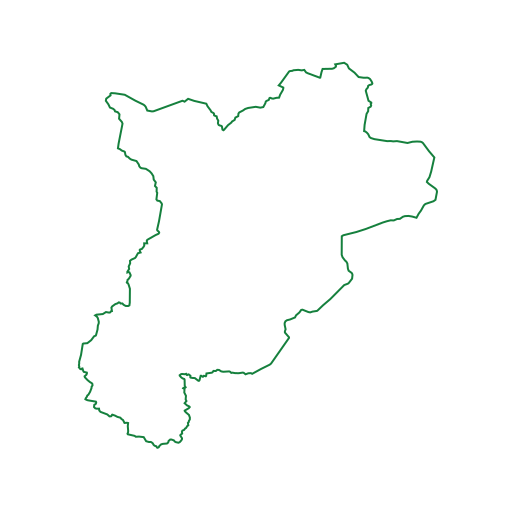 outline of Dong Xuan, Phú Yên, Vietnam, rotated 278°
{"feature_id": "81297802B78420794750623", "entity_name": "Dong Xuan", "entity_type": "district", "adm_level": 2, "iso_a3": "VNM", "parent_name": "Vietnam", "parent_adm1": "Phú Yên", "projection": "natural_earth1", "projection_center": [108.875, 13.413], "detail": "fine", "context": "isolated", "style": "outline", "palette": "green", "viewbox_px": 512, "rotation_deg": 278, "n_neighbors": 0, "source": "geoboundaries", "source_scale": "gbopen_adm2", "svg_char_len": 6035}
<svg xmlns="http://www.w3.org/2000/svg" viewBox="0 0 512 512"><g transform="rotate(278 256 256)"><path d="M396.2,89.2L394.8,89.6L391.0,85.8L388.8,85.7L385.7,88.7L382.7,90.7L381.9,94.0L380.9,95.6L379.6,96.3L379.2,99.0L377.6,100.8L377.2,101.1L372.9,101.3L370.1,104.5L368.5,105.4L348.2,104.3L343.4,104.3L342.9,106.3L341.7,108.5L341.1,111.2L340.7,111.7L338.0,112.6L336.6,113.8L336.4,115.4L334.9,117.4L334.1,119.2L333.4,124.4L330.3,127.2L328.5,128.0L327.3,129.4L327.0,130.6L327.0,134.8L325.1,138.9L323.3,141.1L320.8,143.2L317.4,144.1L315.0,146.5L311.3,146.2L309.7,148.2L305.9,148.6L304.8,149.4L298.2,149.5L297.1,150.6L297.0,153.1L294.9,155.3L294.0,155.7L276.8,155.1L268.3,154.4L267.6,154.7L266.5,156.4L265.6,156.9L264.5,156.4L262.7,153.6L256.9,146.1L255.8,145.7L253.4,146.5L253.0,143.5L250.7,143.9L249.4,143.4L247.0,141.9L246.4,140.4L245.8,140.0L244.7,140.3L243.4,141.2L242.3,138.7L238.1,137.1L237.1,136.4L235.1,133.2L233.7,131.9L231.2,132.4L227.9,131.4L225.5,132.2L222.5,130.8L221.8,130.9L222.4,131.9L222.2,132.9L219.7,134.5L219.0,134.6L215.9,133.3L214.4,132.1L213.4,132.2L211.9,131.7L211.5,132.0L211.2,133.0L209.8,133.9L206.0,135.7L192.2,137.5L189.5,137.5L188.7,136.4L188.4,133.9L189.3,131.6L190.4,130.3L190.1,128.5L190.9,127.6L191.0,126.6L189.8,125.4L188.8,123.4L186.1,120.6L184.8,120.0L181.4,121.0L181.0,120.0L179.9,119.5L179.5,118.5L179.6,115.2L177.2,112.4L175.7,106.2L174.8,105.0L173.7,107.0L172.5,108.0L168.9,109.5L167.4,109.6L165.1,109.1L161.1,109.3L155.5,108.6L154.9,108.4L153.9,106.8L149.7,104.5L146.2,101.1L145.3,97.2L144.8,96.7L133.7,96.5L126.7,95.6L124.8,95.9L123.3,95.8L121.9,96.4L121.1,96.1L119.7,97.6L119.5,98.4L119.6,99.1L120.3,99.3L120.5,99.8L118.0,101.0L117.3,101.6L117.0,104.7L116.5,104.9L114.9,104.6L113.0,103.0L112.1,103.4L109.7,106.4L108.1,109.0L107.2,111.1L106.5,111.8L105.0,112.1L103.7,111.4L102.4,111.5L98.4,110.6L95.3,109.3L94.3,108.3L93.3,108.2L91.4,107.2L90.4,107.0L89.9,108.5L89.7,109.7L89.5,117.7L88.9,118.1L88.0,118.1L87.1,117.8L86.2,116.6L83.9,116.6L82.8,118.0L82.6,119.3L83.0,121.8L81.2,122.3L80.0,123.7L78.4,130.8L76.8,133.2L77.1,134.8L77.4,135.1L78.8,135.6L78.9,135.8L78.3,138.7L77.4,141.1L77.0,144.2L75.9,145.4L75.0,147.2L72.4,149.0L72.9,151.5L72.8,152.6L69.7,152.7L64.8,153.8L63.4,153.8L62.1,153.5L61.6,153.9L61.0,160.8L60.3,162.1L60.9,165.4L61.0,170.0L57.3,173.0L56.9,175.9L57.2,177.6L57.0,178.4L56.1,179.9L54.8,180.8L54.0,182.0L53.7,183.8L52.6,184.5L52.4,185.3L53.1,186.3L54.3,186.7L56.3,188.3L57.0,189.9L57.9,193.9L59.1,195.0L60.7,195.2L62.3,196.6L62.5,197.7L62.0,200.3L61.0,201.3L60.5,202.6L60.3,205.2L61.1,206.4L63.0,207.7L64.4,208.2L65.2,208.1L67.7,206.0L68.4,206.1L69.9,207.6L71.6,207.1L72.3,207.2L72.9,207.5L73.8,209.0L75.3,209.8L76.0,210.7L78.1,211.6L78.9,212.5L81.3,211.8L82.2,212.5L83.3,212.5L84.9,213.2L86.8,213.0L89.3,211.7L91.3,208.5L92.4,207.1L93.0,206.9L95.9,210.6L97.2,211.4L97.7,210.9L98.5,208.4L100.3,205.8L102.7,207.3L104.2,206.3L107.8,206.1L110.8,204.0L114.5,203.7L114.9,202.3L115.3,202.5L115.5,204.0L116.2,204.6L117.5,203.5L123.6,202.5L124.2,202.1L124.6,200.3L125.4,198.8L126.9,197.1L127.3,197.0L128.6,198.3L128.9,199.2L129.0,201.9L129.6,203.2L128.6,203.9L128.5,204.4L129.3,205.3L129.4,205.8L128.3,207.7L126.8,207.8L126.5,208.1L126.4,210.2L126.6,212.4L124.5,216.1L124.4,216.8L125.0,217.3L129.7,217.9L129.8,218.4L129.0,220.2L130.1,221.0L129.9,223.0L130.3,223.3L132.8,223.3L134.3,228.5L134.8,229.1L136.3,229.9L136.5,232.2L137.9,233.5L138.0,235.3L136.9,237.6L136.8,239.7L138.0,245.5L137.7,246.6L136.8,247.8L137.2,248.9L137.1,251.4L137.5,255.1L138.7,259.1L138.6,260.1L137.4,262.1L138.8,264.7L139.3,267.3L138.8,268.6L144.9,276.8L150.3,284.7L151.6,285.9L179.5,300.1L180.2,299.9L184.2,295.3L185.4,295.1L187.6,295.5L191.7,294.0L193.5,293.7L195.4,294.2L196.7,295.6L197.9,298.6L200.6,303.2L202.8,303.9L206.1,306.8L208.9,308.3L209.3,309.5L207.8,315.6L207.7,317.5L208.8,319.7L210.1,324.0L210.4,324.4L216.6,329.3L223.6,335.5L239.5,347.4L241.4,350.9L242.3,351.7L246.9,354.3L250.7,354.2L252.0,353.6L252.6,353.0L254.3,349.8L256.2,348.8L261.3,347.5L263.0,346.2L263.9,344.8L266.8,341.9L269.1,340.7L287.5,338.2L288.7,339.6L293.7,352.0L297.9,360.7L306.8,376.9L308.6,380.7L310.1,384.4L310.4,387.5L312.3,390.6L312.8,393.3L315.3,396.0L316.2,397.9L316.9,401.5L316.8,405.2L316.2,409.6L320.7,411.3L323.8,413.0L329.5,415.2L331.1,416.5L334.9,424.1L336.6,425.9L344.8,426.3L346.2,425.8L347.0,425.2L348.0,423.8L351.6,417.0L353.1,414.9L354.2,415.0L358.2,416.8L363.9,417.7L378.4,418.9L383.8,412.8L391.1,405.6L391.8,404.4L392.1,403.0L391.8,399.5L390.9,395.0L389.0,390.3L389.4,379.6L388.6,375.9L388.6,373.8L388.0,369.7L388.2,357.0L388.8,353.4L389.6,351.9L392.2,350.2L393.5,348.7L394.5,347.0L394.7,345.7L401.0,345.3L412.1,345.7L415.0,346.9L418.2,346.6L419.9,348.8L421.1,349.1L422.5,348.4L423.4,348.9L424.0,348.8L425.4,345.8L434.9,341.7L436.5,342.1L438.3,343.3L440.1,343.4L441.1,344.5L441.9,346.4L442.6,347.1L443.2,347.2L444.8,346.3L447.1,344.3L447.9,342.7L448.1,341.6L447.5,337.7L447.5,332.7L451.3,328.0L454.7,321.9L458.1,319.7L459.6,316.4L456.8,307.8L455.4,308.8L454.5,308.7L452.7,306.9L452.0,305.3L450.5,295.9L447.4,295.3L441.6,294.8L441.4,294.5L444.2,281.8L444.8,280.0L447.0,277.9L446.2,275.5L446.2,271.9L445.1,267.1L444.5,266.4L443.8,263.8L443.3,263.1L431.0,256.6L428.1,254.8L426.6,259.6L425.8,259.7L424.1,259.5L419.2,257.5L416.0,256.8L415.5,254.3L414.2,251.1L414.2,249.7L414.6,248.5L414.6,247.9L414.3,247.4L412.3,246.9L411.0,244.8L410.3,244.2L408.6,244.0L404.5,242.5L403.5,239.6L403.7,235.0L401.5,227.6L400.1,224.8L398.3,222.9L395.8,219.4L394.6,218.8L392.0,218.9L390.2,216.3L387.8,215.9L385.7,213.4L384.8,213.1L381.7,210.1L376.4,206.7L376.0,206.2L376.5,205.2L379.6,204.2L380.0,203.6L380.3,201.6L380.6,200.8L381.6,200.1L382.3,199.8L384.8,199.8L386.7,198.3L388.8,197.6L389.3,195.2L389.7,194.8L390.9,194.7L391.6,194.1L392.5,191.7L393.9,190.8L397.5,187.2L399.9,185.6L401.0,173.2L402.2,166.9L398.9,163.8L399.5,161.7L399.3,161.2L385.1,134.5L384.7,132.9L384.9,128.1L388.4,126.0L389.5,124.8L390.2,123.6L393.0,115.0L397.4,103.6L397.5,93.9L397.2,90.0L396.2,89.2Z" fill="none" stroke="#15803d" stroke-width="2"/></g></svg>